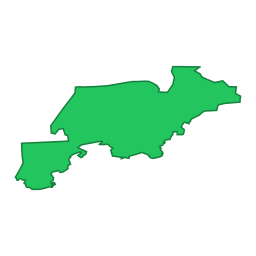 outline of Sīļukalna pag., Riebinu, Latvia
{"feature_id": "27541924B52460704255524", "entity_name": "Sīļukalna pag.", "entity_type": "district", "adm_level": 2, "iso_a3": "LVA", "parent_name": "Latvia", "parent_adm1": "Riebinu", "projection": "equal_earth", "projection_center": [26.662, 56.5], "detail": "fine", "context": "isolated", "style": "filled", "palette": "green", "viewbox_px": 256, "rotation_deg": 0, "n_neighbors": 0, "source": "geoboundaries", "source_scale": "gbopen_adm2", "svg_char_len": 5213}
<svg xmlns="http://www.w3.org/2000/svg" viewBox="0 0 256 256"><path d="M65.8,170.2L68.0,168.6L67.7,166.5L67.8,165.8L70.3,164.2L70.5,164.2L69.7,162.1L68.7,159.3L69.2,158.8L69.4,158.6L70.4,157.4L70.5,157.3L70.2,157.0L70.0,156.4L71.1,155.9L71.1,155.7L71.3,155.7L73.4,154.3L73.7,154.1L79.6,152.0L80.2,151.7L81.2,152.7L81.1,152.8L81.1,153.0L80.9,153.2L80.4,153.5L80.2,153.6L80.2,153.8L80.0,154.0L79.7,154.3L79.4,154.3L77.9,155.4L80.8,157.6L82.3,157.1L83.8,155.3L85.3,154.5L85.5,154.4L85.5,154.2L86.5,152.2L86.6,151.7L85.4,151.2L85.1,151.0L81.8,149.5L78.6,148.1L77.8,147.6L80.1,145.9L81.3,145.1L81.5,144.8L98.0,141.7L98.6,141.6L101.0,141.2L102.2,141.8L99.3,144.3L99.5,144.4L100.2,144.7L102.1,144.4L102.8,144.6L103.5,144.7L105.4,144.4L107.3,144.1L108.6,145.0L109.4,145.8L111.9,147.8L112.5,148.2L112.7,148.3L110.7,150.2L110.8,150.3L112.0,154.4L112.2,155.0L112.5,156.1L115.3,156.4L119.2,157.0L119.9,157.1L121.9,157.3L121.3,158.6L122.6,158.4L123.5,157.5L129.1,158.2L129.2,156.2L129.3,156.2L139.4,153.3L139.5,153.2L142.0,152.5L147.3,154.5L147.2,154.5L149.4,155.7L149.0,156.2L149.6,156.9L149.9,157.5L150.3,157.7L151.6,158.0L152.6,158.3L153.4,158.4L159.8,156.9L162.4,155.5L162.4,155.4L162.1,155.0L162.5,154.1L162.1,153.8L162.0,153.7L162.9,153.1L162.5,152.1L160.7,149.9L160.4,149.5L161.1,148.2L160.0,147.7L160.1,145.8L160.8,145.7L161.7,145.6L162.6,145.3L162.9,144.7L163.1,144.0L163.5,143.4L164.2,143.5L164.3,143.3L164.5,142.7L164.8,142.6L164.2,142.0L164.5,141.6L164.1,141.3L165.4,140.3L165.8,140.0L165.8,139.9L166.6,139.6L167.2,139.8L168.1,139.6L170.1,139.4L170.7,137.5L171.7,135.7L171.8,135.3L172.6,134.9L172.7,134.3L172.9,133.8L172.8,133.4L173.1,132.8L172.9,132.1L173.4,131.8L177.0,131.7L177.1,131.8L177.1,132.4L177.2,134.7L182.7,134.6L183.4,134.1L183.6,133.8L184.3,129.7L181.8,127.6L181.1,126.9L181.4,126.5L182.4,124.7L182.5,124.7L184.0,122.3L184.1,122.2L189.0,123.7L189.0,122.3L190.5,121.3L190.6,121.0L190.6,119.7L193.3,118.0L193.5,117.8L193.8,117.8L196.5,116.4L199.2,115.2L199.4,115.1L200.4,114.0L200.5,113.8L202.3,112.4L204.8,110.9L207.2,110.9L216.7,110.4L218.1,104.9L222.1,104.0L225.4,103.3L230.8,102.9L240.0,102.1L240.1,99.2L240.6,96.2L235.5,93.5L236.1,88.4L236.1,88.0L236.2,87.5L236.3,86.9L228.9,86.7L223.5,81.5L222.7,80.8L221.0,81.2L216.2,82.2L214.3,82.5L213.5,82.1L208.6,80.0L207.6,79.6L204.6,78.3L204.0,78.0L202.3,77.3L202.1,77.1L202.0,76.8L201.8,76.5L201.6,76.4L201.5,76.1L201.3,75.9L201.1,75.8L200.6,75.0L200.4,74.4L200.0,73.9L199.8,73.7L194.5,70.9L196.4,69.5L198.7,67.7L198.9,67.4L199.0,67.4L200.0,67.0L200.0,66.9L193.8,66.9L190.5,66.8L186.9,66.8L182.9,66.6L179.4,66.7L172.9,66.6L172.5,67.5L172.6,67.8L172.4,68.4L171.5,71.0L172.2,73.1L172.3,73.1L173.5,75.6L174.4,77.2L174.4,77.3L174.0,79.4L173.9,79.5L173.6,81.0L173.4,81.6L173.1,83.1L173.1,83.9L172.9,84.4L172.4,85.1L170.4,88.1L168.4,91.2L166.9,92.3L166.7,92.4L163.5,92.2L161.8,92.1L160.5,92.0L160.1,92.0L158.6,91.8L158.4,91.7L159.3,88.9L159.2,88.8L156.9,85.6L154.2,83.9L149.8,81.8L148.7,81.4L144.5,81.2L141.7,81.3L140.5,81.4L137.9,81.5L131.8,81.6L128.7,82.2L128.0,82.2L126.3,82.5L119.5,83.7L119.2,83.7L116.4,84.3L115.0,84.5L112.5,84.9L106.8,85.9L106.4,85.9L93.1,86.7L89.4,86.8L85.7,86.9L82.9,87.1L82.7,87.1L80.9,86.8L77.3,86.9L75.5,87.2L75.3,88.0L75.3,89.2L75.1,92.8L74.5,93.6L71.9,97.2L66.6,104.0L63.5,108.0L55.6,119.0L52.7,123.0L50.8,125.7L51.3,133.0L55.1,133.9L58.8,129.3L63.2,128.6L65.2,134.9L67.1,135.2L67.4,135.1L67.5,135.6L67.5,135.8L67.8,136.8L68.1,137.7L68.5,141.1L21.6,143.3L22.2,155.5L22.3,156.9L22.7,159.6L23.1,163.6L22.9,163.8L23.0,163.8L22.6,164.5L22.4,164.7L22.0,165.4L22.1,165.5L21.5,166.3L20.8,167.6L20.7,168.0L16.9,174.7L15.4,177.2L15.7,177.3L16.0,177.6L16.4,178.0L16.4,178.7L16.5,179.3L16.7,179.6L16.8,179.8L16.9,180.0L17.3,180.2L17.5,180.3L18.1,180.2L18.4,180.1L18.6,179.9L19.0,179.4L19.1,179.2L19.4,179.0L20.0,178.7L20.5,178.6L21.1,178.7L21.6,179.1L21.9,179.4L22.2,179.7L23.1,180.1L23.5,180.2L24.1,180.1L25.3,180.3L25.5,180.4L25.6,180.6L25.6,180.9L25.4,181.2L25.2,181.3L25.0,181.7L24.9,181.8L24.6,182.3L24.2,182.7L24.1,182.9L24.0,183.2L24.1,183.3L24.3,183.5L24.9,183.9L25.6,184.1L25.8,184.2L25.8,184.3L25.9,184.5L25.7,185.4L25.7,185.7L25.8,185.9L25.9,186.1L26.1,186.4L26.3,186.8L26.5,187.0L26.9,187.2L27.3,187.3L29.4,187.4L29.6,187.4L29.8,187.5L30.0,187.7L30.6,188.1L30.8,188.3L31.4,188.8L32.2,189.4L33.5,189.4L36.2,189.3L36.9,189.3L39.4,189.3L43.2,188.6L44.2,188.3L48.5,187.1L49.7,186.7L51.1,187.1L52.2,187.2L52.4,187.0L52.7,186.8L52.7,186.7L52.0,186.0L52.0,185.6L52.4,185.4L53.0,185.4L53.3,185.4L53.7,185.3L54.8,184.6L55.1,184.4L55.3,184.3L55.2,184.1L55.0,183.8L54.5,182.8L54.3,182.7L53.7,182.6L53.3,182.5L53.1,182.6L53.3,182.9L52.9,183.1L53.0,183.2L53.3,183.2L53.4,183.3L53.3,183.5L53.1,183.8L52.9,183.9L52.3,184.0L51.9,184.1L51.6,184.1L51.2,183.8L51.1,183.4L50.8,183.3L51.3,181.4L51.4,181.1L52.0,180.9L52.8,180.6L53.0,180.5L53.0,180.4L53.1,180.2L53.4,178.7L53.5,178.4L53.6,177.9L53.4,177.6L53.3,177.4L52.9,177.0L52.5,176.2L51.8,175.3L51.2,174.5L50.9,174.1L51.8,172.8L52.4,172.2L52.6,172.0L52.9,171.9L55.2,171.4L56.9,171.0L57.3,170.9L58.2,170.6L58.5,170.6L58.8,170.7L59.1,171.0L59.2,171.3L59.9,172.3L60.2,172.5L60.5,172.5L63.0,171.9L63.4,171.8L63.7,171.6L64.3,171.1L65.8,170.2Z" fill="#22c55e" stroke="#15803d" stroke-width="1.5"/></svg>